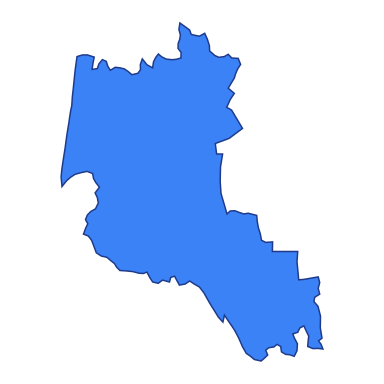 outline of Ipumirim, Santa Catarina, Brazil
{"feature_id": "56859067B73959193279849", "entity_name": "Ipumirim", "entity_type": "district", "adm_level": 2, "iso_a3": "BRA", "parent_name": "Brazil", "parent_adm1": "Santa Catarina", "projection": "mercator", "projection_center": [-52.147, -27.04], "detail": "fine", "context": "isolated", "style": "filled", "palette": "blue", "viewbox_px": 384, "rotation_deg": 0, "n_neighbors": 0, "source": "geoboundaries", "source_scale": "gbopen_adm2", "svg_char_len": 2447}
<svg xmlns="http://www.w3.org/2000/svg" viewBox="0 0 384 384"><path d="M261.1,361.0L264.4,358.2L267.7,355.0L265.7,350.2L268.8,347.7L273.8,347.0L277.1,344.4L280.7,346.5L281.5,351.9L285.7,354.4L289.6,354.7L294.2,356.3L297.0,350.7L297.4,343.7L294.6,338.5L292.8,333.9L297.7,332.3L299.9,327.9L303.9,325.9L306.2,331.0L308.7,336.0L308.1,341.7L307.7,346.5L313.0,348.6L318.1,348.4L322.9,349.0L320.9,344.0L318.5,341.0L322.0,338.1L320.3,327.8L320.5,316.1L318.0,306.3L313.9,301.6L314.7,297.3L319.7,294.1L318.2,288.3L319.7,282.6L318.2,276.9L303.8,279.4L298.7,279.8L297.0,261.6L297.7,251.5L272.4,251.5L272.6,241.9L265.8,242.4L261.5,240.3L260.3,233.8L258.4,227.8L257.3,221.8L256.7,215.4L248.1,213.2L243.9,214.0L239.2,212.4L234.7,210.7L230.2,211.0L227.0,213.9L221.0,193.4L220.2,181.5L220.5,167.0L222.6,154.0L216.6,154.0L215.3,143.5L229.1,138.4L242.5,128.4L231.6,110.1L226.7,107.3L230.2,99.6L234.3,93.4L228.2,88.2L234.3,78.1L235.7,73.5L237.7,68.9L240.6,64.4L238.2,58.4L231.8,58.0L228.2,54.3L224.3,56.6L218.8,57.3L214.8,55.5L209.6,50.9L209.4,45.7L207.4,39.3L204.7,33.3L199.3,36.2L195.0,35.3L191.2,34.4L189.7,30.1L185.1,26.7L179.9,23.0L178.9,29.4L180.4,35.1L179.7,39.4L178.2,43.3L178.0,48.3L181.1,52.5L180.9,58.0L176.2,59.3L172.3,59.7L166.2,59.1L161.7,56.8L158.4,54.0L155.8,57.3L153.5,61.8L152.6,67.8L147.0,64.8L142.3,58.9L140.3,64.6L140.5,69.6L137.9,73.3L131.9,74.7L128.0,71.4L124.4,68.9L119.9,67.8L115.2,67.3L110.3,70.3L107.7,66.0L106.3,61.4L102.4,59.6L98.9,63.9L97.3,68.6L92.1,69.4L93.0,63.2L94.2,57.1L87.4,54.9L82.1,55.0L77.0,56.6L75.1,70.5L73.3,88.2L72.3,97.3L71.8,105.5L70.6,111.1L69.7,116.8L68.9,122.5L67.5,131.1L66.7,136.2L65.1,148.1L63.7,157.0L62.7,163.4L61.9,169.1L61.1,176.8L62.0,186.5L66.7,180.6L70.8,177.1L75.1,174.3L80.9,172.7L87.1,171.4L92.6,173.5L93.5,178.5L95.7,182.4L99.4,187.2L95.1,192.9L97.3,197.5L98.3,203.0L95.5,208.8L90.5,211.7L87.3,215.1L85.5,219.6L87.8,223.8L85.7,228.1L83.5,234.1L88.3,236.0L91.6,240.3L93.8,246.0L96.3,252.8L101.4,256.1L106.9,257.3L110.6,260.5L114.5,263.6L116.7,267.3L119.9,270.5L126.0,270.9L132.8,271.6L138.9,273.2L143.2,273.5L146.9,272.1L150.1,278.1L152.7,282.0L158.2,283.3L162.6,280.1L169.5,282.0L170.7,277.4L174.6,276.2L176.8,280.4L179.4,285.1L185.2,284.0L189.7,281.0L194.5,284.2L199.4,287.0L204.0,293.0L209.6,303.0L215.9,313.1L218.4,317.2L222.9,322.1L224.4,315.2L231.4,325.4L234.7,330.4L238.5,337.6L242.6,346.9L246.3,353.4L250.3,356.1L254.3,359.5L261.1,361.0Z" fill="#3b82f6" stroke="#1e3a8a" stroke-width="1.5"/></svg>